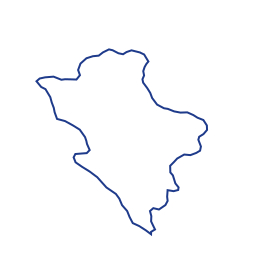 Mark, Västra Götaland, Sweden, rotated 229°
{"feature_id": "70781695B92952656574297", "entity_name": "Mark", "entity_type": "district", "adm_level": 2, "iso_a3": "SWE", "parent_name": "Sweden", "parent_adm1": "Västra Götaland", "projection": "equal_earth", "projection_center": [12.633, 57.47], "detail": "fine", "context": "isolated", "style": "outline", "palette": "blue", "viewbox_px": 256, "rotation_deg": 229, "n_neighbors": 0, "source": "geoboundaries", "source_scale": "gbopen_adm2", "svg_char_len": 1418}
<svg xmlns="http://www.w3.org/2000/svg" viewBox="0 0 256 256"><g transform="rotate(229 128 128)"><path d="M63.9,166.0L63.6,167.5L66.2,170.9L73.0,173.4L74.7,176.0L73.9,181.0L74.7,186.4L78.2,189.2L84.6,190.1L90.2,187.2L94.9,185.8L100.9,183.0L105.2,177.7L110.3,173.7L116.3,170.6L119.3,168.1L126.6,165.3L134.8,165.9L139.9,167.8L145.5,168.7L152.3,169.2L155.3,170.9L157.1,174.6L160.9,176.8L163.1,180.5L164.3,183.9L164.8,187.0L168.9,187.7L172.9,188.4L176.8,186.7L177.0,186.7L184.3,181.6L186.3,176.7L186.9,172.7L190.7,169.8L196.8,167.4L199.8,165.2L201.5,158.7L201.8,153.4L205.2,148.6L207.9,142.4L207.8,134.4L204.5,128.4L199.4,126.4L198.4,120.9L202.1,116.9L206.1,112.5L208.1,109.4L215.6,105.5L220.6,98.7L223.3,93.8L223.3,90.8L223.3,89.6L215.9,89.4L211.5,91.2L202.3,89.6L197.3,87.2L191.9,85.2L188.1,83.0L181.4,80.4L174.6,85.0L166.2,88.1L158.4,90.5L149.3,89.6L145.6,88.1L142.9,86.6L136.5,84.6L136.1,80.4L139.8,75.4L142.9,71.2L141.5,67.7L137.5,66.3L136.5,65.9L128.7,67.9L120.3,70.5L112.9,72.1L111.2,72.5L97.3,72.7L86.2,75.6L80.4,75.1L73.7,72.9L65.9,72.9L59.8,70.8L53.1,69.2L46.7,72.1L39.2,74.3L32.7,75.7L34.5,77.3L33.7,81.8L38.5,83.1L42.4,84.2L46.2,87.8L50.9,90.1L50.9,94.5L46.2,97.9L45.3,105.7L47.0,110.1L50.4,112.4L55.1,117.1L50.4,121.0L48.3,125.2L50.0,127.2L55.1,127.4L62.8,130.8L66.7,130.8L71.8,135.0L72.2,140.6L72.7,145.1L71.1,153.0L66.6,157.3L64.4,163.2L63.9,166.0Z" fill="none" stroke="#1e3a8a" stroke-width="2"/></g></svg>